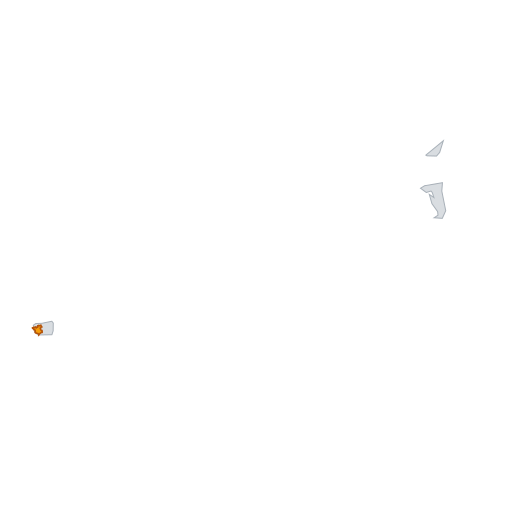 location of Leimatu'a, Vava'u, Tonga, rotated 229°
{"feature_id": "48082658B84329148637899", "entity_name": "Leimatu'a", "entity_type": "district", "adm_level": 2, "iso_a3": "TON", "parent_name": "Tonga", "parent_adm1": "Vava'u", "projection": "robinson", "projection_center": [-173.972, -18.596], "detail": "fine", "context": "in_parent", "style": "filled", "palette": "amber", "viewbox_px": 512, "rotation_deg": 229, "n_neighbors": 0, "source": "geoboundaries", "source_scale": "gbopen_adm2", "svg_char_len": 2193}
<svg xmlns="http://www.w3.org/2000/svg" viewBox="0 0 512 512"><g transform="rotate(229 256 256)"><path d="M188.3,430.7L190.2,430.7L192.2,426.2L199.2,424.6L198.4,429.4L189.0,444.8L183.1,438.8L165.7,428.9L162.2,421.3L168.0,415.5L167.4,420.1L170.3,422.2L180.0,423.1L188.8,427.2L183.4,428.6L188.3,430.7ZM345.7,50.2L340.7,59.1L338.4,59.0L332.6,53.8L330.5,50.3L339.3,39.8L343.8,39.0L349.8,42.5L349.5,45.5L345.7,50.2ZM220.7,450.4L220.1,473.0L213.7,462.6L213.0,457.8L219.4,450.8L220.7,450.4Z" fill="#d9dde1" stroke="#a8b0b8" stroke-width="1"/><path d="M344.9,48.3L345.0,48.2L345.2,47.9L345.3,47.7L345.3,47.4L345.4,47.2L345.5,46.9L345.5,46.7L345.9,46.6L346.1,46.5L346.3,46.4L346.4,45.9L346.6,45.5L346.4,45.3L346.0,45.1L345.8,45.0L345.9,44.9L345.9,44.7L346.0,44.5L346.0,44.4L345.9,44.3L345.7,44.1L345.9,43.7L345.9,43.3L346.0,43.4L346.3,43.5L346.4,43.4L346.5,43.3L346.6,43.2L346.8,42.9L347.1,43.1L347.5,42.2L348.0,41.5L348.2,40.8L348.5,40.3L348.5,40.1L348.3,40.0L348.0,39.9L347.7,40.0L347.6,40.4L347.5,40.5L347.3,40.5L347.3,40.4L347.2,40.2L347.2,40.3L347.1,40.2L346.9,40.1L346.7,40.1L346.7,40.3L346.7,40.5L346.4,40.6L346.3,40.4L346.3,40.2L346.3,40.4L346.2,40.4L346.1,40.2L345.9,40.2L345.7,40.1L345.5,40.3L345.5,40.5L344.8,40.6L344.7,40.6L344.4,40.3L344.2,40.2L343.9,39.9L343.9,39.7L343.7,39.6L343.4,39.6L343.3,39.3L343.1,39.1L342.9,39.1L342.7,39.2L342.3,39.3L342.2,39.4L342.2,39.5L341.8,39.7L341.7,39.7L341.6,39.9L341.4,39.9L341.3,40.0L341.0,40.2L340.9,40.3L340.7,40.4L340.6,40.5L340.4,40.6L340.2,40.7L339.9,40.8L339.7,40.8L339.4,40.7L339.2,40.7L339.0,40.4L338.9,40.3L338.9,40.5L339.0,40.6L339.1,40.9L339.1,41.0L339.2,41.3L339.2,41.9L339.2,42.2L339.3,42.5L339.2,42.7L339.2,42.8L339.2,43.0L339.1,43.4L339.1,43.6L339.0,43.8L338.9,43.9L338.9,44.0L338.8,44.3L338.7,44.4L338.6,44.5L338.8,44.7L339.5,45.0L339.5,45.3L340.1,45.6L340.2,45.4L340.3,45.3L340.5,45.2L340.8,45.0L341.0,45.1L341.5,45.2L341.6,45.3L342.0,45.3L342.2,45.5L342.3,45.5L342.5,45.7L342.5,45.8L342.8,45.9L343.0,46.3L343.1,46.5L343.2,46.4L343.2,46.6L343.3,46.9L343.3,47.0L343.2,47.3L343.0,47.6L342.9,47.8L343.1,47.9L343.2,47.7L343.8,47.9L343.8,47.7L344.4,47.9L344.5,48.0L344.9,48.3Z" fill="#f59e0b" stroke="#b45309" stroke-width="1.5"/></g></svg>